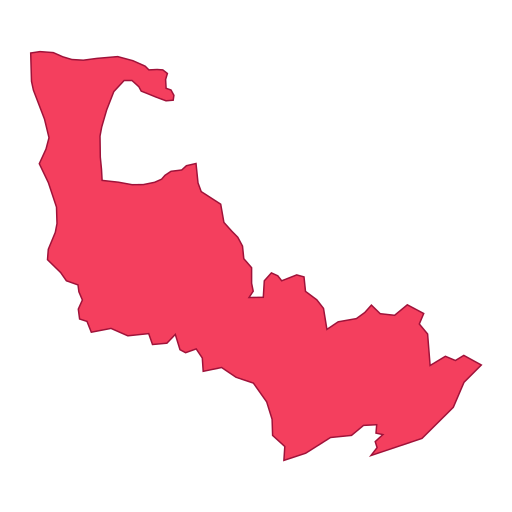 Kegeyli, Karakalpakstan, Uzbekistan (Robinson projection)
{"feature_id": "79887680B60420038747049", "entity_name": "Kegeyli", "entity_type": "district", "adm_level": 2, "iso_a3": "UZB", "parent_name": "Uzbekistan", "parent_adm1": "Karakalpakstan", "projection": "robinson", "projection_center": [59.462, 42.861], "detail": "fine", "context": "isolated", "style": "filled", "palette": "rose", "viewbox_px": 512, "rotation_deg": 0, "n_neighbors": 0, "source": "geoboundaries", "source_scale": "gbopen_adm2", "svg_char_len": 1697}
<svg xmlns="http://www.w3.org/2000/svg" viewBox="0 0 512 512"><path d="M407.3,304.8L394.6,315.3L380.2,313.7L371.4,305.1L364.8,312.5L356.4,318.6L338.2,321.8L326.9,329.4L323.5,308.4L316.8,299.8L305.5,291.4L304.0,276.9L296.7,274.9L281.7,280.8L277.8,275.8L271.4,272.9L264.3,280.8L263.3,297.3L249.0,297.5L253.2,291.2L251.6,283.3L251.6,267.7L243.8,258.7L242.5,246.1L237.8,237.3L231.7,231.1L223.9,222.4L220.7,204.2L201.2,191.6L198.0,182.9L196.0,163.5L186.4,165.7L181.7,170.0L171.0,171.3L165.0,175.3L161.6,179.2L154.6,182.3L143.3,184.6L132.1,184.7L118.4,182.2L102.1,180.4L101.5,169.4L100.3,157.1L100.0,136.1L101.7,127.0L106.7,109.8L113.8,91.6L124.1,80.5L132.0,80.5L138.9,86.8L141.2,91.1L148.0,93.8L156.3,97.2L166.0,100.8L173.2,100.2L173.9,95.3L171.0,90.0L166.1,88.3L165.6,79.5L167.4,73.5L162.8,69.9L157.1,69.5L148.9,69.9L145.2,66.2L132.9,60.7L117.7,56.6L96.8,58.4L83.3,60.2L71.8,59.5L62.8,56.8L53.3,52.6L40.0,51.6L30.7,53.0L31.5,81.3L33.4,90.1L44.5,119.1L49.0,137.7L46.0,149.1L39.3,163.7L48.4,182.7L56.5,207.1L57.0,223.6L55.3,232.4L48.3,249.3L47.5,259.7L60.7,272.6L66.4,280.8L78.0,284.9L78.9,291.8L82.4,300.0L78.3,309.1L79.6,319.0L87.0,321.4L91.3,332.2L111.0,328.4L127.8,335.8L148.7,333.6L152.5,344.5L166.9,343.2L175.3,334.4L180.0,349.7L185.6,352.7L196.2,348.9L202.3,358.0L203.2,371.3L221.6,367.5L236.1,377.3L253.4,383.1L266.7,401.9L272.1,419.3L272.6,435.4L284.8,446.5L283.9,460.4L305.7,453.2L330.5,437.5L351.5,435.4L363.5,425.4L376.7,424.7L376.0,433.1L382.9,434.6L375.2,441.6L377.1,447.6L371.0,455.5L422.0,438.4L453.3,407.3L464.0,382.3L481.3,365.0L463.8,355.4L455.4,360.5L445.4,356.3L430.1,365.5L427.6,334.0L419.3,324.0L423.7,313.5L407.3,304.8Z" fill="#f43f5e" stroke="#9f1239" stroke-width="1.5"/></svg>